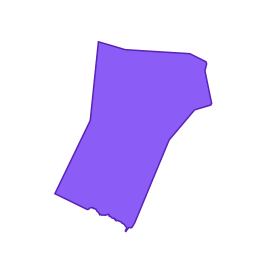 outline of Niefang, Centro Sur, Equatorial Guinea, rotated 206°
{"feature_id": "11065452B28626668585382", "entity_name": "Niefang", "entity_type": "district", "adm_level": 2, "iso_a3": "GNQ", "parent_name": "Equatorial Guinea", "parent_adm1": "Centro Sur", "projection": "albers", "projection_center": [10.119, 1.88], "detail": "fine", "context": "isolated", "style": "filled", "palette": "violet", "viewbox_px": 256, "rotation_deg": 206, "n_neighbors": 0, "source": "geoboundaries", "source_scale": "gbopen_adm2", "svg_char_len": 1476}
<svg xmlns="http://www.w3.org/2000/svg" viewBox="0 0 256 256"><g transform="rotate(206 128 128)"><path d="M192.4,192.5L165.2,118.2L165.1,86.5L165.1,86.3L164.9,36.9L128.8,36.9L128.2,37.3L127.8,37.7L127.7,38.0L127.6,38.5L127.5,38.8L127.4,39.0L127.0,39.6L126.8,39.9L126.1,40.2L125.6,40.4L125.2,40.8L124.9,41.0L124.6,41.2L124.3,41.0L124.2,40.6L123.8,40.4L123.4,40.6L122.8,40.8L121.6,41.1L121.2,40.9L120.9,40.5L120.4,40.3L119.6,39.9L119.1,39.4L118.6,39.3L118.1,39.4L117.5,39.3L116.7,38.6L116.5,38.3L115.9,38.1L115.7,37.8L115.2,37.5L114.7,38.0L114.4,38.4L113.8,38.3L113.2,38.2L112.8,38.4L112.4,38.8L109.7,39.9L109.4,40.3L108.8,40.9L108.5,41.3L107.9,41.6L107.5,41.6L107.1,42.0L106.9,41.8L106.9,41.4L106.8,41.0L106.4,40.6L105.8,40.5L105.2,40.7L104.6,40.7L104.0,40.5L103.6,40.3L103.0,40.1L102.5,40.1L102.0,40.3L101.1,40.8L100.9,40.5L100.3,40.5L99.8,40.5L99.9,40.3L99.9,40.1L99.6,39.8L99.3,39.9L98.9,39.9L98.7,39.7L98.1,39.5L97.6,39.5L97.1,40.1L96.1,40.4L95.2,40.4L94.4,40.5L93.5,40.5L92.5,40.3L91.7,39.9L90.6,39.9L89.1,39.7L87.9,39.0L86.9,38.5L86.0,38.2L85.4,37.7L85.3,36.8L85.3,36.0L85.4,35.0L85.2,34.2L84.8,34.1L84.5,34.1L84.5,34.4L84.5,35.2L84.3,35.8L84.2,36.3L83.9,37.5L83.7,38.2L83.6,38.8L82.7,39.4L82.0,39.4L81.6,39.6L81.2,39.9L80.9,40.2L80.8,40.7L80.4,45.9L83.0,88.5L85.8,135.3L76.1,173.5L63.6,185.0L63.6,186.1L63.6,186.8L69.5,194.4L83.9,213.1L85.4,220.1L86.9,221.7L105.0,221.9L145.6,205.1L164.8,197.2L192.4,192.5Z" fill="#8b5cf6" stroke="#5b21b6" stroke-width="1.5"/></g></svg>